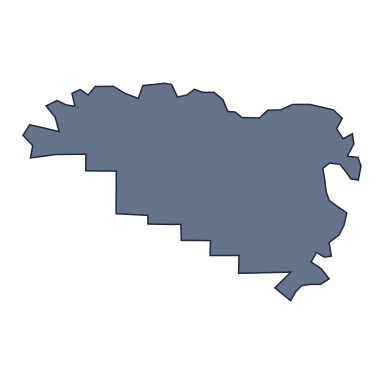 Vanini, Rio Grande do Sul, Brazil
{"feature_id": "56859067B33860368995203", "entity_name": "Vanini", "entity_type": "district", "adm_level": 2, "iso_a3": "BRA", "parent_name": "Brazil", "parent_adm1": "Rio Grande do Sul", "projection": "albers", "projection_center": [-51.831, -28.498], "detail": "fine", "context": "isolated", "style": "filled", "palette": "slate", "viewbox_px": 384, "rotation_deg": 0, "n_neighbors": 0, "source": "geoboundaries", "source_scale": "gbopen_adm2", "svg_char_len": 1129}
<svg xmlns="http://www.w3.org/2000/svg" viewBox="0 0 384 384"><path d="M30.5,157.9L55.9,154.5L85.9,154.2L85.8,170.8L116.3,171.1L116.1,213.7L147.9,215.4L147.9,224.0L167.7,224.4L180.9,224.4L181.3,240.4L210.5,240.6L210.0,255.5L239.0,255.5L238.6,273.3L290.9,272.1L274.9,287.9L290.6,300.7L295.4,292.1L301.4,285.8L309.7,284.4L320.5,284.4L329.1,278.8L321.5,269.0L311.1,261.9L316.5,252.4L324.2,257.1L331.3,256.2L329.1,242.6L339.2,234.7L344.0,225.2L346.8,212.9L338.0,206.9L329.2,200.5L326.1,191.5L324.9,180.9L322.8,168.3L329.6,163.1L340.0,164.3L346.1,172.1L350.9,178.9L358.3,180.1L361.0,166.0L358.0,157.5L347.4,156.2L353.8,143.9L352.4,133.8L343.0,138.8L336.6,128.6L342.3,118.3L333.3,109.9L309.8,104.4L292.9,104.4L280.5,109.9L267.8,110.2L259.5,118.0L242.0,117.5L235.1,112.0L227.8,111.5L222.9,99.6L214.0,92.3L202.7,92.4L194.4,89.3L187.0,94.9L177.5,97.1L171.7,84.6L164.8,83.3L155.8,84.3L142.8,85.5L138.3,98.4L125.4,93.6L113.2,86.3L95.2,86.5L88.1,95.0L80.2,89.5L72.0,93.3L74.9,106.4L65.9,104.8L57.0,100.5L46.1,105.9L55.1,117.2L59.2,131.6L29.7,124.7L23.0,135.3L32.7,145.6L30.5,157.9Z" fill="#64748b" stroke="#1e293b" stroke-width="1.5"/></svg>